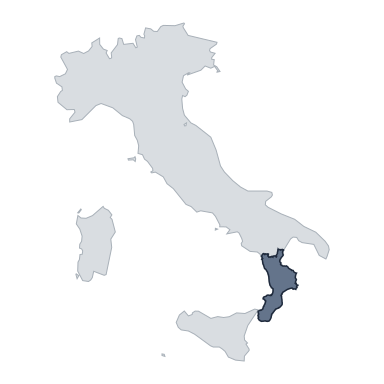 Calabria, Catanzaro, Italy shown in context
{"feature_id": "23120603B55310757134450", "entity_name": "Calabria", "entity_type": "district", "adm_level": 2, "iso_a3": "ITA", "parent_name": "Italy", "parent_adm1": "Catanzaro", "projection": "orthographic", "projection_center": [16.268, 39.03], "detail": "fine", "context": "in_parent", "style": "filled", "palette": "slate", "viewbox_px": 384, "rotation_deg": 0, "n_neighbors": 0, "source": "geoboundaries", "source_scale": "gbopen_adm2", "svg_char_len": 8958}
<svg xmlns="http://www.w3.org/2000/svg" viewBox="0 0 384 384"><path d="M66.7,51.7L68.9,53.4L78.4,51.1L83.7,53.5L88.6,50.9L92.1,46.5L91.8,42.9L99.6,38.0L99.7,44.4L103.4,49.1L107.2,50.5L106.1,53.0L109.5,58.7L111.1,58.3L111.7,57.4L111.2,52.9L117.5,44.6L118.2,38.6L119.2,38.0L121.9,38.6L123.7,44.4L133.0,43.3L135.8,47.8L137.3,47.1L135.5,39.6L136.9,35.9L139.3,35.4L140.9,37.3L144.4,38.0L144.7,35.8L143.9,34.3L145.6,27.9L150.8,28.9L153.7,31.3L157.3,31.5L160.8,26.6L163.3,25.4L175.0,25.7L183.9,23.0L184.5,23.8L182.9,26.1L183.3,27.7L188.1,35.4L217.0,42.3L216.5,44.1L210.1,48.6L209.5,50.4L210.4,52.0L215.1,53.3L211.7,57.6L211.7,59.3L214.2,59.6L213.6,65.0L216.7,66.7L220.0,71.5L216.5,72.3L218.0,71.1L214.6,66.4L210.8,68.2L205.1,66.0L200.9,70.2L187.1,75.1L189.6,72.8L188.6,72.7L183.5,75.7L182.1,82.2L185.6,88.9L188.4,91.3L186.9,95.2L185.0,96.7L182.6,95.5L181.8,99.0L182.6,108.5L184.4,115.2L190.9,122.9L195.8,125.4L210.8,137.2L216.1,150.0L220.5,166.0L224.4,172.0L232.8,180.7L240.5,187.0L247.8,191.0L266.9,191.0L271.8,192.4L272.4,195.0L271.4,196.8L265.7,201.3L265.3,204.8L268.1,207.3L281.2,213.9L294.7,219.3L303.8,226.4L315.8,232.2L325.1,241.2L328.5,246.0L329.2,249.7L327.1,256.3L325.9,259.0L319.2,255.4L313.8,244.4L302.1,242.6L298.7,240.7L296.7,237.4L293.1,237.1L290.6,238.9L284.2,249.3L280.8,258.3L280.6,262.0L282.5,265.5L288.2,267.4L295.5,273.8L295.8,281.7L297.1,286.2L295.2,288.7L291.5,288.1L286.6,289.8L283.1,292.7L281.6,295.5L281.3,305.4L274.6,310.5L268.9,320.5L260.4,320.6L258.4,317.5L258.3,312.9L259.8,310.1L262.9,308.8L265.1,302.9L264.4,298.7L265.6,296.8L272.5,294.0L272.8,288.1L270.2,285.4L268.1,274.7L260.0,254.1L257.3,252.0L250.1,251.4L241.7,245.8L241.2,243.5L242.6,241.3L241.7,238.4L239.1,233.1L237.3,231.8L226.8,233.9L229.9,229.7L226.2,226.9L219.7,226.8L219.9,224.9L215.5,216.4L212.5,212.9L200.7,210.8L196.8,212.1L191.2,206.6L186.0,204.4L173.3,188.6L167.0,183.7L163.3,176.9L155.4,172.1L151.7,172.9L150.8,172.0L152.9,170.8L152.6,168.3L147.5,161.4L144.5,159.1L142.5,154.7L138.0,153.4L138.7,145.8L137.3,140.3L134.7,135.5L133.7,124.5L132.6,121.3L129.6,118.7L122.4,115.6L112.8,107.8L101.1,103.5L95.9,105.6L81.9,119.6L69.7,122.0L69.7,118.8L75.0,112.2L74.3,109.5L66.9,109.7L58.0,102.3L57.4,96.6L60.7,91.5L62.4,90.4L61.9,86.8L56.5,83.2L54.8,78.2L54.8,76.6L56.3,75.9L59.7,76.6L65.4,73.8L67.5,69.4L60.8,57.1L61.4,54.7L66.7,51.7ZM186.0,125.7L186.5,122.9L184.0,124.5L184.6,125.9L186.0,125.7ZM258.2,309.9L247.8,325.5L244.2,336.0L244.6,340.0L247.5,343.0L246.0,344.1L249.1,349.1L249.1,350.5L244.4,356.1L244.2,361.0L235.5,360.1L228.4,357.1L225.1,351.4L222.3,349.0L219.3,347.0L213.2,347.0L210.5,345.8L194.6,334.2L188.4,331.0L181.2,329.9L178.3,327.4L176.2,322.4L179.4,315.0L184.3,311.0L188.4,315.9L192.2,314.5L192.4,312.9L195.1,311.1L198.5,311.2L210.9,318.4L217.7,316.6L223.7,317.5L229.3,316.7L236.6,312.9L245.0,313.5L254.7,309.1L258.2,309.9ZM112.0,219.3L115.3,232.0L110.8,239.1L111.7,247.4L106.1,274.6L104.2,275.3L93.7,271.3L92.3,277.6L90.7,280.0L88.5,281.5L82.7,280.6L77.7,271.1L78.0,262.1L79.4,259.6L80.0,254.5L82.2,254.3L82.7,250.9L81.6,248.9L79.5,248.1L79.8,244.2L81.6,241.3L82.1,236.1L79.8,229.1L76.3,223.9L77.9,215.5L81.0,218.0L86.1,218.3L92.5,215.6L103.1,206.4L104.3,208.3L108.4,210.3L111.9,214.9L110.2,217.5L112.0,219.3ZM135.0,156.7L135.7,158.8L135.2,161.5L133.3,159.8L128.4,160.1L128.0,158.7L134.0,157.8L135.0,156.7ZM78.8,275.7L77.1,278.7L75.9,274.4L76.2,273.8L78.8,275.7ZM81.3,209.7L78.8,213.0L77.7,212.8L80.8,209.0L81.3,209.7ZM164.9,356.4L162.0,355.5L162.0,353.9L164.2,354.3L164.9,356.4ZM217.6,229.1L215.3,230.1L215.4,228.3L217.6,229.1Z" fill="#d9dde1" stroke="#a8b0b8" stroke-width="1"/><path d="M261.5,256.2L262.1,257.2L262.2,257.7L262.2,257.9L262.3,258.0L262.4,258.6L262.1,258.7L261.8,259.1L262.1,259.2L262.0,259.4L262.0,259.5L262.3,259.7L262.5,261.1L262.8,262.5L262.8,262.9L262.7,263.0L262.8,263.2L263.0,263.9L263.0,264.2L263.4,264.5L263.7,265.9L263.9,266.1L264.0,266.6L264.2,267.4L264.5,268.3L264.7,268.7L265.2,268.8L265.4,269.1L265.6,269.2L266.2,269.9L266.5,270.7L267.1,271.3L267.5,272.0L268.3,274.7L268.5,274.9L268.6,276.1L268.8,276.5L269.2,281.9L269.4,282.6L269.5,283.1L270.0,285.2L270.4,285.9L270.8,286.3L271.4,287.8L271.9,287.9L272.5,288.4L272.8,288.5L273.0,288.7L273.1,289.3L273.1,291.2L272.9,292.3L272.3,294.1L272.1,294.4L271.5,294.8L271.3,295.1L271.0,295.3L270.8,295.4L270.7,295.3L270.8,295.4L270.6,295.4L270.7,295.1L270.1,295.6L269.4,295.3L268.9,295.2L268.7,295.2L268.0,295.0L267.6,295.2L267.1,295.2L266.8,295.4L266.5,295.9L266.2,296.2L265.9,296.2L265.2,296.5L264.9,296.6L264.6,296.8L264.2,296.8L263.6,297.2L263.3,297.7L263.1,298.4L263.1,298.5L263.4,298.6L263.4,298.8L263.6,298.7L263.7,299.0L263.9,299.1L264.1,299.4L264.4,299.6L264.5,299.8L264.8,299.9L265.0,300.3L265.7,300.8L265.7,301.0L265.7,301.4L265.2,303.2L264.9,304.0L264.7,304.2L264.7,304.4L264.3,304.9L263.9,305.8L264.0,306.0L263.9,306.3L263.7,306.4L263.6,306.6L263.4,306.8L263.2,307.0L263.3,307.2L263.2,307.3L263.1,307.7L263.1,308.1L262.8,308.7L262.8,308.9L262.7,308.9L262.6,309.0L262.2,309.5L261.1,310.3L260.6,310.4L260.3,310.3L260.2,310.2L260.0,310.4L259.9,310.4L259.6,310.4L259.3,310.6L259.0,310.8L258.2,311.1L258.1,311.3L258.1,311.6L258.1,312.6L258.3,312.7L258.3,313.1L258.6,313.6L258.5,313.9L258.7,314.1L258.6,314.4L258.5,314.7L258.5,314.4L258.4,314.5L258.5,314.9L258.0,315.3L258.0,315.6L258.1,316.1L258.5,316.4L258.4,316.8L258.7,317.3L258.6,317.6L258.1,318.0L258.1,318.3L258.4,318.8L259.2,320.1L259.7,320.2L259.9,320.6L260.3,320.8L260.6,321.0L260.9,321.0L261.3,321.3L262.0,321.3L262.6,321.2L263.3,321.2L264.3,321.0L265.4,320.9L265.7,320.9L265.8,321.1L266.3,321.2L267.3,321.4L268.0,321.1L268.4,321.1L268.6,321.2L269.1,321.0L269.9,320.0L270.5,318.9L271.1,317.6L271.1,317.2L271.2,316.8L271.5,315.4L271.6,314.5L271.6,314.2L272.3,313.5L273.9,311.5L274.8,310.2L275.4,309.7L275.5,309.3L276.0,308.9L276.8,308.7L278.2,308.1L278.4,308.1L278.5,307.9L278.6,308.0L278.4,308.1L279.3,307.6L280.3,306.8L282.0,304.8L282.2,304.0L282.2,303.4L282.2,302.3L282.1,302.1L282.0,301.3L282.0,300.3L281.9,299.2L281.7,298.5L281.6,297.7L281.6,296.6L281.5,296.2L281.3,296.2L281.1,295.8L281.0,295.6L281.2,295.1L281.6,294.6L281.6,294.4L281.8,294.2L282.0,294.0L281.8,293.8L282.8,292.3L283.3,291.8L283.5,291.8L286.4,290.0L287.4,289.4L288.7,288.9L289.8,288.5L291.7,288.1L292.2,288.1L292.7,288.4L292.9,288.9L293.2,289.1L293.3,289.2L293.5,289.1L293.4,289.1L293.5,288.9L293.8,288.8L294.9,289.0L295.1,289.2L295.0,289.5L295.1,289.4L295.3,289.4L295.2,289.3L295.3,289.2L295.6,289.0L296.5,287.9L296.7,287.7L296.8,287.7L297.0,287.6L296.8,287.1L296.8,286.8L296.7,286.7L296.8,286.6L296.8,286.3L297.3,285.6L297.5,285.5L297.5,285.4L297.9,285.4L297.9,285.2L297.7,285.2L297.1,285.0L296.4,284.6L296.1,284.2L296.0,283.9L296.0,283.7L296.1,283.3L295.9,283.0L296.1,283.4L295.9,283.4L295.6,283.3L295.9,283.1L295.6,283.2L295.4,282.6L295.5,282.1L295.6,281.4L296.3,279.9L296.4,279.4L296.2,279.1L295.8,278.8L295.3,277.9L295.3,277.5L295.4,276.7L295.4,276.2L295.5,275.7L295.9,274.5L296.0,274.0L296.5,273.1L295.5,272.9L294.6,272.4L294.0,272.0L293.6,271.4L293.2,270.5L291.6,270.1L291.2,269.9L291.1,269.7L291.2,269.8L291.2,269.7L290.4,269.4L290.1,269.1L289.2,268.7L288.4,268.0L288.2,267.6L288.0,267.1L286.8,266.1L286.4,265.9L285.9,266.2L284.8,266.0L283.1,266.1L282.5,265.9L281.7,265.4L281.0,264.9L280.7,264.5L280.8,264.4L280.7,264.6L280.8,264.8L280.7,264.7L280.7,264.8L280.6,264.6L280.6,264.4L280.8,264.4L280.7,263.9L280.8,262.7L280.2,262.3L279.9,261.9L279.7,261.4L279.7,260.8L279.8,260.3L280.1,259.4L280.6,258.7L281.0,258.0L281.7,257.0L282.1,256.7L282.6,256.1L283.0,255.4L283.2,255.2L283.3,254.9L283.0,254.6L282.9,254.3L282.8,253.3L282.5,252.6L282.5,252.4L282.6,252.0L282.6,251.7L282.7,251.2L283.1,250.5L283.6,250.0L283.5,249.8L283.2,249.7L282.6,249.6L282.2,249.4L281.8,249.7L281.6,249.6L281.4,249.6L281.0,249.7L280.8,250.0L280.5,249.6L280.1,249.6L279.9,249.8L279.3,249.5L278.8,249.4L278.4,249.7L278.3,249.4L278.1,249.1L278.0,249.6L277.8,249.9L277.9,250.3L277.8,250.9L277.9,251.0L277.7,251.4L277.6,251.8L277.4,252.2L277.4,252.4L277.5,253.3L277.4,253.4L277.3,253.7L276.9,254.3L276.8,254.5L276.6,254.8L276.6,255.1L276.5,255.3L276.2,255.4L276.1,255.8L276.3,256.2L276.6,256.4L276.4,257.0L276.1,256.9L276.1,256.7L275.9,256.6L275.3,255.9L274.6,256.0L274.3,255.9L274.2,256.0L273.8,256.0L273.4,256.3L273.1,256.1L272.9,256.2L273.1,256.5L272.9,257.2L272.6,257.0L272.2,256.7L271.6,256.4L271.3,256.6L271.0,257.0L270.9,256.8L270.6,256.9L270.2,256.8L269.9,256.9L269.7,257.2L269.0,257.1L268.8,257.2L268.7,257.0L268.7,256.7L268.0,256.2L268.2,255.9L267.9,255.6L267.8,255.2L268.1,254.6L268.3,254.6L268.4,254.4L268.4,254.0L267.8,253.9L267.8,254.0L267.4,254.3L267.2,254.3L267.1,254.2L266.8,254.1L265.8,253.8L265.7,253.8L265.6,254.0L265.4,254.2L265.1,254.4L264.9,254.0L264.5,253.9L264.4,254.2L264.1,253.9L264.0,253.7L263.9,253.6L263.6,253.7L263.4,253.6L263.1,253.7L263.1,253.9L262.9,254.0L262.8,254.3L262.7,254.4L262.5,254.7L262.0,255.0L261.8,256.0L261.5,256.2ZM262.0,257.8L261.8,257.9L262.1,257.9L262.0,257.8Z" fill="#64748b" stroke="#1e293b" stroke-width="1.5"/></svg>